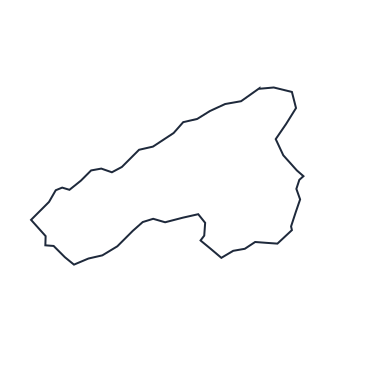 outline of Lund, Skåne, Sweden, rotated 315°
{"feature_id": "70781695B29606605667306", "entity_name": "Lund", "entity_type": "district", "adm_level": 2, "iso_a3": "SWE", "parent_name": "Sweden", "parent_adm1": "Skåne", "projection": "equal_earth", "projection_center": [13.388, 55.685], "detail": "fine", "context": "isolated", "style": "outline", "palette": "slate", "viewbox_px": 384, "rotation_deg": 315, "n_neighbors": 0, "source": "geoboundaries", "source_scale": "gbopen_adm2", "svg_char_len": 882}
<svg xmlns="http://www.w3.org/2000/svg" viewBox="0 0 384 384"><g transform="rotate(315 192 192)"><path d="M50.6,126.0L56.0,132.3L56.0,148.2L56.7,155.2L57.2,159.9L71.7,165.8L83.8,173.4L100.8,177.6L122.6,177.6L135.9,178.4L145.6,183.5L151.6,194.4L167.4,203.7L180.7,212.1L179.5,223.1L169.8,231.5L163.8,232.3L163.8,232.8L165.0,245.0L166.2,259.3L179.5,262.7L189.2,269.5L201.3,272.0L208.6,280.5L215.9,288.9L235.7,289.6L237.7,286.4L251.1,279.6L263.2,273.7L268.0,263.6L276.5,259.3L282.0,259.6L281.4,250.9L282.5,230.6L288.6,213.8L306.8,210.4L324.9,206.2L333.4,191.9L323.7,175.9L312.7,166.7L313.1,166.3L290.9,162.5L277.6,153.2L261.9,147.4L247.3,144.0L235.2,136.4L220.7,137.3L196.5,132.3L184.4,124.7L160.1,124.7L149.3,121.4L144.4,111.3L135.9,105.4L121.4,105.4L106.9,103.8L103.3,97.1L96.9,94.4L83.9,97.9L58.5,97.9L57.3,119.7L50.6,126.0Z" fill="none" stroke="#1e293b" stroke-width="2"/></g></svg>